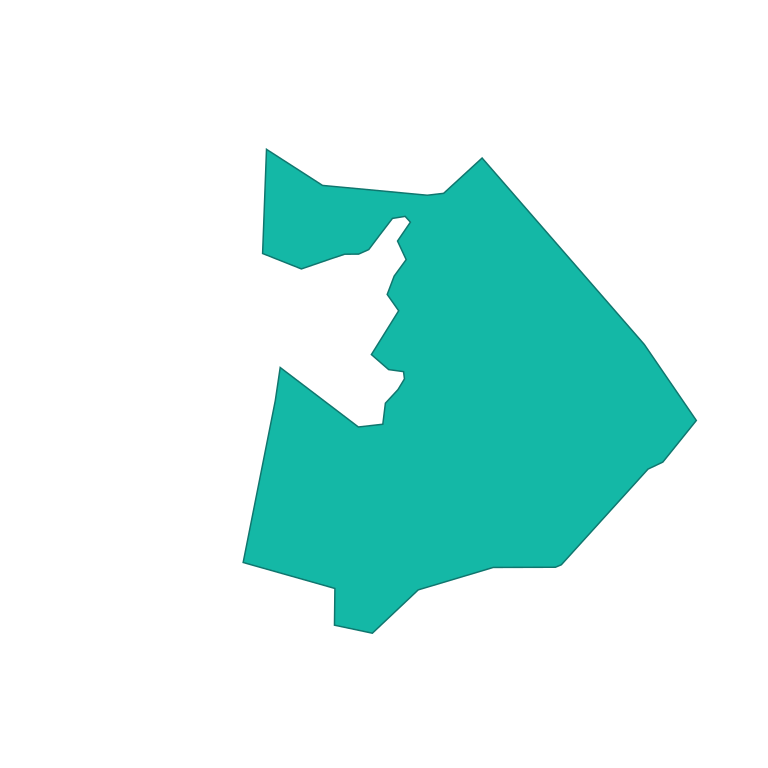 Kidal, Kidal, Mali, rotated 318°
{"feature_id": "8926073B1219027063836", "entity_name": "Kidal", "entity_type": "district", "adm_level": 2, "iso_a3": "MLI", "parent_name": "Mali", "parent_adm1": "Kidal", "projection": "robinson", "projection_center": [1.27, 18.544], "detail": "fine", "context": "isolated", "style": "filled", "palette": "teal", "viewbox_px": 768, "rotation_deg": 318, "n_neighbors": 0, "source": "geoboundaries", "source_scale": "gbopen_adm2", "svg_char_len": 687}
<svg xmlns="http://www.w3.org/2000/svg" viewBox="0 0 768 768"><g transform="rotate(318 384 384)"><path d="M394.8,637.0L523.3,623.9L539.0,628.6L591.7,620.1L603.9,528.8L608.1,281.7L555.9,282.2L542.5,272.7L471.2,195.3L453.7,131.0L381.1,205.8L399.6,243.2L427.8,255.2L441.6,261.2L452.1,270.5L462.6,273.9L480.1,270.5L501.1,266.6L511.9,273.6L511.9,281.4L489.7,286.8L483.7,306.4L463.8,310.6L446.3,319.6L443.9,339.4L394.3,353.7L397.1,376.4L406.8,387.9L402.6,393.9L390.7,397.5L372.2,399.2L356.2,413.1L336.2,398.8L317.9,302.3L292.0,323.7L159.9,422.4L210.7,503.1L185.8,530.1L208.6,561.4L271.7,559.9L342.4,593.4L388.8,634.9L394.8,637.0Z" fill="#14b8a6" stroke="#0f766e" stroke-width="1.5"/></g></svg>